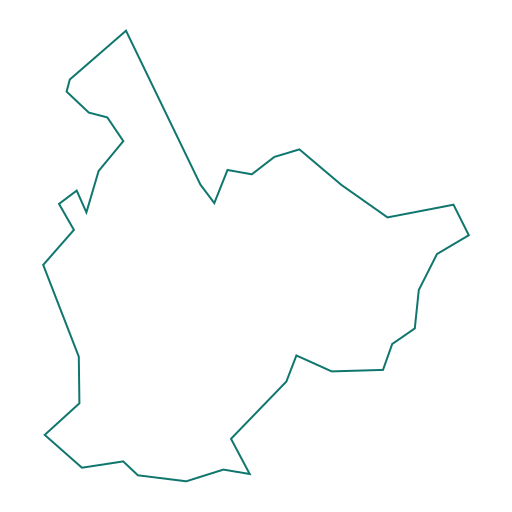 outline of Taliaferro, Georgia, United States of America
{"feature_id": "52423323B2768857989995", "entity_name": "Taliaferro", "entity_type": "district", "adm_level": 2, "iso_a3": "USA", "parent_name": "United States of America", "parent_adm1": "Georgia", "projection": "mercator", "projection_center": [-82.883, 33.586], "detail": "fine", "context": "isolated", "style": "outline", "palette": "teal", "viewbox_px": 512, "rotation_deg": 0, "n_neighbors": 0, "source": "geoboundaries", "source_scale": "gbopen_adm2", "svg_char_len": 601}
<svg xmlns="http://www.w3.org/2000/svg" viewBox="0 0 512 512"><path d="M66.6,91.6L88.8,112.6L107.3,117.4L123.3,141.1L98.6,171.0L86.4,212.4L76.7,190.6L59.0,203.9L73.9,229.9L43.2,264.9L78.8,356.7L79.4,403.3L44.7,434.9L81.9,467.7L123.2,461.4L137.9,475.3L186.2,481.3L223.4,469.6L249.7,474.0L231.0,438.8L286.4,381.5L296.4,355.5L331.7,371.4L383.0,369.9L392.2,344.0L414.8,328.4L418.8,290.0L437.0,254.0L468.8,235.2L453.5,204.7L387.5,217.4L341.5,185.0L299.4,149.4L274.4,156.9L251.8,174.3L227.5,170.0L214.3,203.1L200.4,184.6L126.0,30.7L69.8,79.5L66.6,91.6Z" fill="none" stroke="#0f766e" stroke-width="2"/></svg>